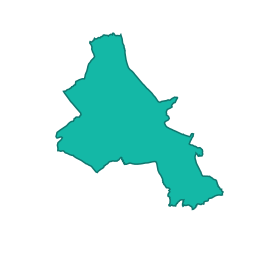 outline of Lusambo, Kasaï-Oriental, Democratic Republic of the Congo, rotated 344°
{"feature_id": "63176286B30844666641598", "entity_name": "Lusambo", "entity_type": "district", "adm_level": 2, "iso_a3": "COD", "parent_name": "Democratic Republic of the Congo", "parent_adm1": "Kasaï-Oriental", "projection": "albers", "projection_center": [23.694, -5.009], "detail": "fine", "context": "isolated", "style": "filled", "palette": "teal", "viewbox_px": 256, "rotation_deg": 344, "n_neighbors": 0, "source": "geoboundaries", "source_scale": "gbopen_adm2", "svg_char_len": 5943}
<svg xmlns="http://www.w3.org/2000/svg" viewBox="0 0 256 256"><g transform="rotate(344 128 128)"><path d="M150.0,199.4L150.6,200.4L150.6,200.8L150.3,201.2L149.9,201.3L148.3,202.7L147.7,204.2L147.8,204.8L148.5,205.3L149.1,206.2L148.7,207.5L148.8,208.5L147.8,211.4L147.1,212.7L146.2,213.0L146.0,213.6L146.2,214.2L147.0,214.6L147.2,214.3L148.2,214.3L148.6,214.1L149.0,214.2L149.5,214.9L150.6,215.5L151.6,215.5L151.9,216.0L152.3,216.1L153.0,215.0L153.8,214.3L154.0,213.9L154.6,214.0L155.8,212.9L157.0,212.5L157.6,212.0L158.9,211.7L160.0,211.8L161.2,212.5L161.7,212.5L161.2,213.1L161.2,213.7L160.8,213.8L160.4,214.2L160.4,215.0L160.0,215.2L159.5,216.0L159.1,217.6L159.3,218.4L160.4,217.9L160.5,217.5L161.6,218.2L162.7,218.5L164.5,218.5L165.4,218.9L166.7,220.6L167.5,221.0L167.7,223.6L167.5,224.0L168.0,224.1L168.3,223.6L168.9,224.0L169.3,223.5L170.3,223.3L171.0,223.1L171.7,222.3L171.6,221.9L172.1,221.4L172.7,221.5L172.9,220.6L174.1,220.2L174.5,220.3L174.9,220.6L175.7,220.8L176.1,221.3L177.4,221.7L178.1,221.3L178.7,221.4L179.4,221.8L179.8,222.0L180.2,221.5L180.4,220.3L181.7,219.8L182.4,219.8L183.7,220.0L184.6,220.1L185.2,219.6L185.5,219.0L186.0,218.4L186.5,218.1L187.1,218.1L188.9,218.3L189.8,218.2L190.5,217.9L191.4,217.8L192.2,217.5L193.2,217.3L194.5,217.2L195.3,217.2L196.9,217.4L197.8,217.7L198.7,218.1L199.3,218.3L200.3,218.3L200.6,216.9L201.7,215.7L201.6,215.3L200.8,214.6L200.6,213.9L201.1,212.7L199.8,212.2L199.5,210.2L199.0,210.0L198.9,209.4L198.5,209.0L198.8,208.2L198.7,207.6L198.4,207.2L198.6,206.7L198.4,206.1L198.6,205.6L198.4,204.3L198.6,203.5L198.3,203.1L198.3,202.5L197.3,201.6L196.0,200.9L195.6,200.0L194.9,199.0L193.6,197.7L193.2,197.0L192.0,196.7L190.7,196.1L189.5,195.8L188.4,195.4L187.1,195.1L186.5,194.6L186.1,193.6L185.9,192.5L185.9,190.6L185.5,188.8L185.3,187.6L184.6,183.9L184.2,181.9L184.0,180.3L184.1,178.2L184.1,175.5L184.5,174.1L184.8,173.5L185.5,172.4L186.4,171.5L186.5,171.0L187.3,172.3L187.8,174.5L188.1,174.5L188.8,173.9L189.1,173.8L189.3,174.8L190.6,174.9L191.3,175.2L192.5,174.0L192.7,173.3L192.7,172.2L193.3,171.0L193.4,169.4L192.1,167.2L191.6,166.7L189.8,166.4L189.2,166.1L188.4,164.9L187.4,164.0L186.9,164.0L185.3,162.2L183.9,161.7L182.5,160.5L182.5,160.0L183.3,159.2L183.5,158.8L184.5,157.5L185.7,156.4L186.7,155.1L187.4,154.6L188.4,153.7L188.6,153.0L189.3,151.7L188.2,151.1L187.5,151.1L186.9,151.6L185.7,153.0L185.0,153.4L183.1,152.2L180.6,150.5L179.9,150.0L179.4,149.2L178.5,149.2L176.6,147.5L174.9,146.0L174.2,145.4L173.2,144.5L170.6,142.4L169.7,141.5L167.9,140.1L165.5,137.6L164.9,136.3L164.5,134.2L164.5,133.4L164.7,132.7L164.9,132.5L165.8,132.2L166.8,131.7L168.2,131.6L169.3,131.1L170.3,130.1L170.1,128.0L168.5,126.0L169.0,125.2L169.1,124.5L169.1,123.5L169.3,123.0L170.4,121.5L170.9,121.1L172.0,120.8L174.7,120.4L175.2,120.0L175.9,120.1L176.2,119.7L176.0,118.7L176.3,118.2L177.8,117.0L179.0,116.4L179.3,116.3L179.8,116.6L180.2,116.5L180.6,116.2L182.1,114.4L183.9,112.7L183.6,112.0L182.4,111.8L181.6,111.3L181.1,111.2L180.3,111.5L178.8,111.7L176.0,112.8L175.6,112.7L174.4,112.1L173.4,112.1L172.8,112.3L167.5,111.7L165.8,112.2L164.3,111.0L163.7,109.3L162.7,106.0L161.5,103.7L160.6,101.2L159.2,98.6L158.0,96.4L157.1,95.2L155.1,90.9L154.3,89.7L153.3,87.4L152.5,85.7L150.6,81.3L149.2,78.3L148.8,77.1L147.7,74.8L145.9,72.3L145.1,70.3L144.9,68.3L144.8,65.0L144.9,61.7L145.7,55.5L146.0,54.0L146.5,52.9L146.3,52.5L146.5,51.9L146.4,51.4L146.6,50.8L146.2,49.9L146.6,49.3L146.5,48.9L146.8,48.0L146.4,45.8L146.2,45.2L146.9,40.7L146.8,37.8L146.8,36.3L145.9,37.1L145.6,37.1L142.9,36.0L142.1,36.1L141.2,35.4L140.7,34.3L140.5,33.3L140.3,33.2L139.8,32.7L139.4,32.8L138.6,34.1L137.5,33.2L134.8,33.8L134.5,34.2L133.7,33.3L132.3,32.8L131.7,32.7L131.3,32.2L130.2,31.9L129.7,32.0L128.9,32.8L128.4,32.9L127.7,32.8L127.2,32.8L126.4,33.6L125.7,33.5L125.0,33.0L124.0,33.1L122.9,33.6L121.9,33.6L120.9,33.1L120.5,32.5L120.3,32.7L119.8,34.0L119.0,34.0L118.5,34.6L117.6,34.9L116.8,35.3L116.1,35.3L115.4,34.5L115.1,34.8L114.7,35.9L115.5,37.9L115.7,40.1L114.9,42.2L115.0,44.6L115.1,45.5L115.5,47.4L115.5,50.3L114.4,51.2L111.2,53.0L109.7,54.4L107.9,55.6L106.4,57.8L105.6,59.4L104.0,62.1L102.5,63.9L101.6,65.1L101.0,66.5L99.7,68.7L97.6,68.1L95.5,68.2L94.5,68.2L92.7,68.6L90.7,68.9L89.7,70.9L89.4,71.9L88.7,71.8L87.7,72.1L86.7,72.8L85.2,72.9L84.5,73.7L83.9,73.7L83.5,74.0L82.9,74.0L82.5,74.4L80.9,74.4L79.6,74.6L78.2,75.4L77.9,75.4L77.2,75.1L76.1,75.0L76.6,76.9L78.3,81.4L80.2,86.8L81.4,89.1L84.1,95.1L86.6,100.5L86.5,102.4L85.7,102.6L85.1,103.2L84.5,104.0L84.0,104.1L83.7,104.0L83.4,103.8L82.7,103.8L82.0,103.4L81.3,103.3L80.6,103.4L80.1,104.1L79.1,104.0L78.8,104.2L78.3,105.3L77.3,106.4L75.3,106.2L73.8,106.6L72.2,107.3L69.7,108.9L62.3,111.3L58.6,112.7L57.3,115.0L56.5,116.3L56.7,117.8L57.6,118.2L60.5,118.0L61.7,118.4L62.2,119.2L61.5,120.0L60.3,121.0L56.7,122.8L55.4,125.0L55.1,128.1L54.3,130.4L55.3,130.7L57.0,131.8L59.0,131.9L59.6,132.2L60.2,133.0L60.7,134.3L61.1,134.7L62.6,135.6L64.6,137.5L66.9,139.0L68.0,139.3L68.2,140.3L70.0,142.4L74.2,146.3L77.9,150.9L79.0,151.5L79.7,152.4L80.4,153.1L81.3,153.8L82.3,154.8L83.2,157.0L85.1,161.4L86.2,162.3L87.6,161.3L91.1,160.0L92.5,159.7L93.3,159.3L94.0,158.9L94.7,157.8L95.7,157.7L96.6,157.1L97.6,157.0L98.9,156.5L100.0,155.7L101.0,155.3L101.7,155.3L102.4,155.5L104.3,155.4L106.1,156.2L107.2,156.4L108.2,156.7L108.7,156.7L109.2,156.3L110.2,156.2L113.0,154.3L113.4,154.4L113.8,154.9L113.8,155.3L113.3,156.4L113.4,156.8L114.3,157.5L114.4,157.8L113.8,158.0L113.7,158.6L114.1,159.2L114.3,159.8L114.2,160.6L114.4,161.2L114.9,160.8L115.0,161.4L114.8,162.0L116.6,162.4L119.5,162.2L120.5,162.3L122.5,163.6L124.6,164.6L127.4,165.4L130.0,165.9L132.2,166.2L134.9,166.4L137.7,167.0L142.2,167.2L144.2,167.5L145.4,168.0L145.9,169.8L145.2,177.0L145.6,180.1L146.5,182.5L147.2,186.6L146.8,188.0L146.9,188.9L146.5,189.9L146.9,190.6L147.0,192.2L147.6,193.0L148.0,194.6L148.5,196.0L150.3,196.7L150.9,197.2L151.2,198.0L151.5,198.4L150.0,199.4Z" fill="#14b8a6" stroke="#0f766e" stroke-width="1.5"/></g></svg>